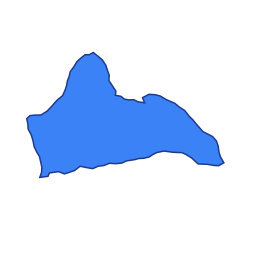 outline of Dolcinópolis, São Paulo, Brazil, rotated 102°
{"feature_id": "56859067B60729882728562", "entity_name": "Dolcinópolis", "entity_type": "district", "adm_level": 2, "iso_a3": "BRA", "parent_name": "Brazil", "parent_adm1": "São Paulo", "projection": "robinson", "projection_center": [-50.529, -20.106], "detail": "fine", "context": "isolated", "style": "filled", "palette": "blue", "viewbox_px": 256, "rotation_deg": 102, "n_neighbors": 0, "source": "geoboundaries", "source_scale": "gbopen_adm2", "svg_char_len": 1255}
<svg xmlns="http://www.w3.org/2000/svg" viewBox="0 0 256 256"><g transform="rotate(102 128 128)"><path d="M191.9,196.2L188.3,195.5L185.1,186.7L186.1,180.7L184.1,177.1L180.7,171.4L175.4,166.9L175.3,160.0L175.1,154.1L171.5,149.1L169.7,143.7L166.4,138.9L165.4,132.3L163.6,126.8L160.5,122.7L157.7,115.2L155.6,111.1L154.4,106.5L152.0,101.3L148.8,98.2L146.0,94.7L143.1,88.1L142.4,79.2L141.7,74.6L140.9,70.3L141.7,66.2L144.0,59.7L148.6,51.9L147.0,42.7L146.7,35.7L146.0,31.4L142.1,27.0L137.2,31.4L133.2,33.8L127.0,36.0L122.2,38.9L118.7,43.7L116.0,53.9L111.7,59.7L109.3,62.8L106.7,66.0L104.0,70.3L99.1,76.2L96.7,82.4L94.1,87.4L92.3,96.3L90.0,103.1L89.8,108.4L90.7,114.5L95.3,120.1L99.9,117.0L100.3,123.8L99.1,128.1L100.3,132.9L100.5,137.4L98.5,141.5L98.6,147.2L94.5,147.5L90.4,151.6L85.5,156.6L80.3,157.3L76.0,160.0L71.3,162.7L66.7,167.3L61.3,177.7L64.3,181.0L65.3,185.3L68.4,187.8L73.4,191.6L79.3,193.7L84.9,196.2L90.0,196.3L94.6,197.1L98.9,196.9L104.0,197.4L109.9,198.7L115.1,202.8L118.7,205.0L122.8,207.2L128.5,210.8L133.3,215.8L135.0,222.6L136.3,226.5L139.9,229.0L145.1,226.7L149.7,225.5L154.6,221.4L159.7,218.5L166.0,215.8L171.4,211.5L174.1,208.8L184.0,204.2L189.1,203.3L194.7,204.0L191.9,196.2Z" fill="#3b82f6" stroke="#1e3a8a" stroke-width="1.5"/></g></svg>